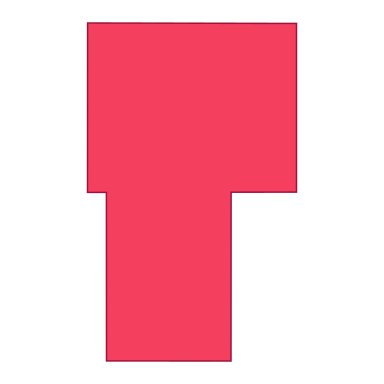 Billings, North Dakota, United States of America (Mercator projection)
{"feature_id": "52423323B93368423435894", "entity_name": "Billings", "entity_type": "district", "adm_level": 2, "iso_a3": "USA", "parent_name": "United States of America", "parent_adm1": "North Dakota", "projection": "mercator", "projection_center": [-103.321, 46.98], "detail": "fine", "context": "isolated", "style": "filled", "palette": "rose", "viewbox_px": 384, "rotation_deg": 0, "n_neighbors": 0, "source": "geoboundaries", "source_scale": "gbopen_adm2", "svg_char_len": 247}
<svg xmlns="http://www.w3.org/2000/svg" viewBox="0 0 384 384"><path d="M296.5,192.1L296.5,23.4L274.6,23.4L87.6,23.0L87.5,192.4L106.4,192.4L106.5,360.9L231.0,361.0L231.1,192.2L296.5,192.1Z" fill="#f43f5e" stroke="#9f1239" stroke-width="1.5"/></svg>